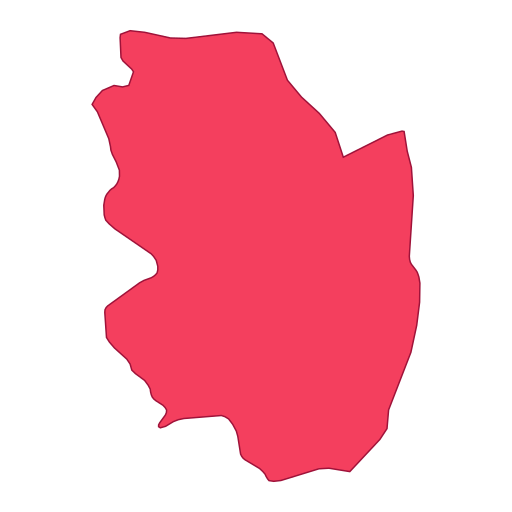 the border of Morazán
{"feature_id": "SLV-1351", "entity_name": "Morazán", "entity_type": "Department", "adm_level": 1, "iso_a3": "SLV", "parent_name": "El Salvador", "parent_adm1": "", "projection": "mercator", "projection_center": [-88.158, 13.767], "detail": "fine", "context": "isolated", "style": "filled", "palette": "rose", "viewbox_px": 512, "rotation_deg": 0, "n_neighbors": 0, "source": "natural_earth", "source_scale": "10m", "svg_char_len": 1739}
<svg xmlns="http://www.w3.org/2000/svg" viewBox="0 0 512 512"><path d="M130.1,30.7L144.6,32.3L147.0,32.8L170.4,38.0L185.9,38.4L236.5,32.3L262.0,33.8L273.2,43.0L287.4,80.2L301.5,97.1L319.3,113.4L335.2,132.4L343.3,157.2L387.5,135.0L402.0,131.1L404.1,131.5L407.2,151.1L411.4,167.4L413.3,195.6L409.3,256.3L409.6,259.5L410.3,262.2L411.4,264.3L415.8,270.0L417.2,272.2L418.1,274.6L418.9,277.1L419.9,283.1L419.6,302.2L416.7,325.4L410.9,352.3L388.6,409.9L387.0,428.6L379.9,439.4L349.8,471.6L328.9,468.2L318.9,468.8L280.9,480.5L273.7,481.3L269.0,480.6L267.6,478.9L266.0,476.2L265.1,474.2L262.8,471.5L259.6,468.5L245.2,459.9L243.2,458.3L241.7,456.3L240.6,454.1L237.8,436.3L236.3,431.0L232.7,424.3L228.6,418.9L225.0,416.7L221.4,415.5L183.9,418.5L178.3,419.7L173.4,421.6L165.6,426.3L160.3,427.8L158.6,426.7L158.6,424.9L159.7,422.8L165.4,415.0L166.4,412.6L166.6,410.0L165.1,407.5L162.9,405.2L156.0,400.8L153.8,399.0L152.3,397.1L151.3,394.8L150.6,392.0L150.2,389.0L148.1,385.1L144.6,380.4L135.4,373.6L131.8,370.1L130.1,364.0L126.8,359.1L114.5,348.0L109.5,342.2L106.5,337.5L104.8,312.5L105.0,309.8L106.1,307.6L107.7,305.9L139.6,282.8L144.0,280.4L151.4,277.7L153.7,276.3L155.6,274.7L157.1,272.9L157.8,269.9L157.8,266.3L156.2,260.3L153.6,256.4L151.3,253.9L114.8,228.8L109.2,223.9L105.8,220.2L104.9,217.6L104.2,214.9L103.8,205.2L104.7,199.6L105.2,197.7L105.8,196.1L106.9,194.1L109.9,190.4L111.6,188.9L113.7,187.6L115.4,185.8L116.9,183.8L118.0,181.6L118.9,179.1L119.5,176.3L119.4,170.2L116.2,161.9L112.4,154.4L110.9,150.1L110.5,146.7L108.8,138.7L97.4,111.8L92.1,104.4L96.0,97.5L102.4,90.5L114.0,85.5L122.6,86.9L128.8,85.4L133.5,71.8L131.7,69.1L123.0,61.0L121.0,57.5L120.1,37.7L120.5,34.3L130.1,30.7Z" fill="#f43f5e" stroke="#9f1239" stroke-width="1.5"/></svg>